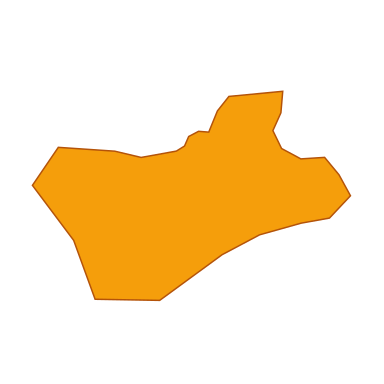 the District of Kampala, rotated 69°
{"feature_id": "UGA-3088", "entity_name": "Kampala", "entity_type": "District", "adm_level": 1, "iso_a3": "UGA", "parent_name": "Uganda", "parent_adm1": "", "projection": "natural_earth1", "projection_center": [32.596, 0.389], "detail": "fine", "context": "isolated", "style": "filled", "palette": "amber", "viewbox_px": 384, "rotation_deg": 69, "n_neighbors": 0, "source": "natural_earth", "source_scale": "10m", "svg_char_len": 484}
<svg xmlns="http://www.w3.org/2000/svg" viewBox="0 0 384 384"><g transform="rotate(69 192 192)"><path d="M163.7,94.5L183.5,92.8L200.1,78.5L207.2,55.8L228.6,48.6L252.3,45.4L265.6,73.0L260.2,101.3L256.2,144.2L261.3,186.3L281.6,261.0L257.4,320.9L194.8,319.8L128.6,338.6L102.4,300.8L126.2,249.5L141.5,227.1L148.2,191.9L146.4,182.5L139.0,175.2L137.7,164.1L142.1,154.9L125.4,139.2L116.0,123.3L130.5,71.2L149.9,80.6L163.7,94.5Z" fill="#f59e0b" stroke="#b45309" stroke-width="1.5"/></g></svg>